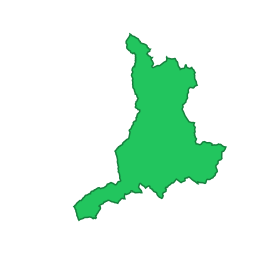 outline of Santiago de Chuco, La Libertad, Peru, rotated 154°
{"feature_id": "86281439B3188642373758", "entity_name": "Santiago de Chuco", "entity_type": "district", "adm_level": 2, "iso_a3": "PER", "parent_name": "Peru", "parent_adm1": "La Libertad", "projection": "albers", "projection_center": [-78.103, -8.267], "detail": "fine", "context": "isolated", "style": "filled", "palette": "green", "viewbox_px": 256, "rotation_deg": 154, "n_neighbors": 0, "source": "geoboundaries", "source_scale": "gbopen_adm2", "svg_char_len": 5659}
<svg xmlns="http://www.w3.org/2000/svg" viewBox="0 0 256 256"><g transform="rotate(154 128 128)"><path d="M43.4,148.2L43.6,150.3L43.4,151.1L44.1,152.7L44.2,154.5L44.8,154.6L45.5,154.0L46.3,154.3L47.5,155.4L48.3,156.4L48.5,157.1L48.5,158.0L48.1,158.9L48.3,159.4L48.9,159.3L50.8,157.2L51.5,157.1L53.6,157.8L55.4,157.7L55.1,159.1L55.5,160.6L55.6,162.0L54.7,165.2L54.7,166.0L55.2,167.0L55.2,169.7L55.6,170.0L56.8,170.2L58.6,170.9L61.0,172.9L61.7,173.1L62.1,173.8L62.1,174.9L62.3,174.8L62.8,172.9L64.2,171.3L66.8,171.3L72.1,170.1L74.3,171.2L77.6,171.2L79.0,171.3L79.4,171.7L79.6,172.5L79.3,173.2L79.0,173.5L78.0,173.7L76.9,174.8L76.8,177.9L77.1,178.3L77.1,179.4L76.6,180.0L75.3,180.7L75.7,180.9L76.4,180.8L76.7,181.0L76.7,182.5L78.1,184.3L78.0,185.4L78.5,185.9L78.5,186.4L76.3,187.7L75.3,187.4L74.8,187.5L74.2,188.5L73.4,189.0L74.1,189.4L74.5,190.1L74.7,191.2L75.3,191.7L74.9,193.8L75.4,194.9L77.0,196.8L78.0,197.5L79.4,199.2L79.4,199.8L79.1,200.4L79.7,201.5L79.7,203.5L81.6,206.2L82.1,207.3L83.8,208.8L84.5,210.8L85.0,211.5L85.1,211.1L86.7,209.6L91.3,207.0L91.9,206.3L92.5,204.9L92.1,203.5L93.1,202.0L93.6,201.5L94.0,200.0L93.0,197.1L92.3,196.4L92.3,194.5L91.5,193.7L91.0,192.7L90.0,192.9L89.4,192.6L89.4,191.4L89.0,190.7L89.4,190.1L89.6,189.3L90.2,188.7L90.2,187.6L90.8,187.3L91.0,186.2L91.4,186.0L91.3,185.6L92.0,185.3L92.1,184.0L92.9,183.3L93.5,183.0L94.0,181.7L94.9,181.4L95.2,180.2L96.1,180.6L97.0,180.3L98.3,179.2L99.1,178.0L99.0,176.7L99.2,176.2L100.1,175.2L100.7,175.1L101.8,173.8L102.0,170.3L102.5,169.4L103.1,169.2L103.6,167.0L104.8,165.0L104.9,164.1L105.7,162.6L105.8,161.5L105.4,159.8L105.9,158.6L106.1,156.4L106.6,155.3L105.6,154.5L106.2,151.9L105.9,150.6L106.0,150.0L107.2,149.3L107.8,148.4L109.2,148.1L109.5,147.5L110.8,146.3L110.9,144.7L111.9,144.0L112.3,143.4L112.2,142.9L111.0,141.2L110.9,140.0L109.6,139.2L109.9,138.1L110.8,137.2L113.6,136.3L114.0,135.5L114.8,134.9L115.3,133.8L115.9,133.9L116.2,133.8L116.8,132.1L117.9,131.0L119.5,131.2L121.0,130.5L121.6,128.8L123.0,128.4L125.7,126.0L127.6,125.6L128.1,125.0L127.9,123.7L128.2,123.1L131.5,118.7L132.7,118.1L134.2,118.2L136.5,117.5L137.6,117.4L138.2,116.9L139.5,116.7L140.0,115.7L141.4,115.4L142.6,115.6L142.9,115.2L144.8,115.2L145.5,114.5L146.2,114.6L148.4,113.3L149.2,113.2L149.8,112.8L149.7,111.4L150.3,109.5L150.3,108.1L151.2,104.3L152.0,102.7L152.5,102.2L152.5,101.2L152.9,100.6L153.0,99.2L153.4,98.8L153.3,97.8L153.9,96.9L153.9,96.5L154.6,96.1L155.2,93.7L156.0,92.9L155.7,92.1L155.8,90.7L156.6,88.0L157.4,86.6L157.6,83.9L157.9,83.6L158.8,83.5L159.5,83.9L160.5,84.0L162.4,82.8L163.8,82.3L164.6,82.8L165.6,84.6L167.2,86.4L169.9,86.3L171.2,86.6L172.8,85.4L176.1,84.9L177.4,85.3L179.3,85.6L180.1,87.0L181.4,87.3L184.3,86.9L185.5,87.1L186.1,86.6L186.7,86.5L187.6,86.9L188.8,87.0L190.3,86.1L190.5,85.4L192.0,85.9L194.0,85.7L195.8,86.1L197.7,85.0L199.5,84.6L199.8,84.1L200.5,84.0L201.7,83.3L203.1,83.9L207.1,82.8L208.8,81.7L209.6,81.7L210.0,81.3L211.1,81.1L210.7,79.7L211.0,78.5L210.7,77.1L211.2,76.4L211.6,73.3L212.3,71.7L212.2,70.1L212.6,67.8L212.5,66.6L211.1,66.9L208.1,66.4L206.3,66.6L203.4,65.3L201.7,65.0L200.1,63.8L199.1,61.8L198.0,62.2L197.1,61.0L195.9,61.2L195.6,63.3L194.7,63.4L193.8,64.3L192.3,65.0L191.1,65.9L188.7,67.2L187.9,68.0L187.5,69.5L188.3,70.2L187.9,70.8L185.3,71.1L183.5,70.9L182.2,71.9L181.6,71.6L181.0,71.6L180.7,71.9L179.3,71.6L177.6,71.8L176.2,70.7L175.1,69.0L173.8,68.1L173.1,67.5L172.6,66.7L171.5,66.1L170.2,64.8L168.2,66.2L167.0,66.5L165.5,67.2L164.5,67.4L163.9,67.2L163.1,66.4L161.8,65.7L161.5,67.7L160.0,69.8L159.5,70.1L158.7,69.0L155.7,68.7L154.7,69.1L153.5,69.1L153.1,70.1L152.6,70.2L151.5,69.4L151.7,68.5L150.6,67.7L150.0,66.7L145.6,64.9L144.7,64.1L143.9,63.8L143.6,65.8L144.4,69.0L144.4,70.3L142.2,72.7L141.5,72.9L141.1,72.7L140.3,70.4L138.9,68.3L138.6,66.3L136.7,66.8L134.7,66.8L134.0,66.1L134.5,64.4L133.6,63.0L133.2,62.7L133.3,62.0L132.8,61.3L132.9,60.8L132.6,59.6L130.9,57.7L130.7,57.0L131.0,55.3L130.8,54.1L130.1,52.0L129.4,51.3L128.6,50.0L127.7,50.1L126.8,51.0L126.6,51.5L126.1,51.6L126.0,53.3L125.5,53.9L124.4,54.4L121.9,54.4L121.3,54.8L121.1,55.7L120.4,56.3L120.9,56.8L120.9,57.4L120.2,58.0L119.8,58.1L119.1,57.7L118.3,57.6L116.9,58.5L115.0,58.6L112.6,59.5L111.9,58.9L111.3,58.9L110.0,59.3L107.0,60.9L106.6,60.4L104.4,55.9L103.9,55.6L102.9,55.9L100.1,55.6L99.7,55.8L99.1,57.8L98.0,57.5L97.4,57.7L96.5,57.1L95.3,57.5L94.5,57.1L93.9,55.9L93.0,53.5L91.9,51.4L91.4,50.9L90.8,49.5L90.3,48.9L90.1,47.8L89.5,47.3L89.4,48.7L88.9,49.0L87.6,47.6L84.7,46.0L83.1,44.5L82.5,44.5L82.0,44.8L80.9,46.1L79.7,47.1L79.0,47.0L78.0,46.3L77.0,45.9L75.5,46.2L73.4,46.1L72.2,47.0L71.4,46.9L70.5,47.3L69.9,47.8L69.5,48.8L67.7,49.3L66.8,49.8L66.3,51.5L66.3,53.3L65.9,55.0L65.3,55.8L62.9,56.6L62.4,57.0L61.7,58.6L61.3,58.8L60.2,59.1L58.6,58.8L57.0,59.4L56.5,60.9L54.3,65.1L53.4,65.5L52.3,65.2L50.1,66.4L48.4,68.0L50.0,69.1L51.1,70.7L51.7,72.3L52.3,72.9L53.3,73.3L53.6,73.9L54.9,73.8L56.2,74.0L58.1,75.1L60.0,75.6L60.1,76.0L59.5,76.7L59.7,77.4L61.0,79.0L63.7,80.2L65.2,82.2L66.9,82.6L69.2,81.5L70.4,81.4L71.2,81.8L72.5,83.2L73.7,83.8L73.4,86.4L71.6,87.8L71.2,88.4L71.7,90.0L71.2,91.3L71.5,92.1L70.8,93.1L70.5,94.7L69.4,95.0L68.8,97.3L68.4,98.0L67.4,99.0L67.4,100.1L67.8,101.2L67.7,101.9L66.0,103.5L66.7,104.2L68.7,105.1L70.3,106.7L70.5,107.0L71.4,114.0L71.1,118.3L71.2,120.8L70.8,121.6L69.3,122.7L68.9,124.5L68.4,125.0L66.9,125.1L66.0,125.6L64.7,125.9L63.8,127.3L61.3,128.9L60.8,130.6L59.7,132.5L59.4,132.9L58.4,133.2L58.0,133.6L57.3,135.6L56.2,136.7L54.5,137.3L53.2,136.5L51.9,135.4L50.8,135.5L50.1,136.1L48.7,136.3L47.1,136.1L47.1,137.6L46.4,139.5L46.5,142.8L45.7,144.9L45.1,145.7L44.7,147.6L44.2,148.0L43.4,148.2Z" fill="#22c55e" stroke="#15803d" stroke-width="1.5"/></g></svg>